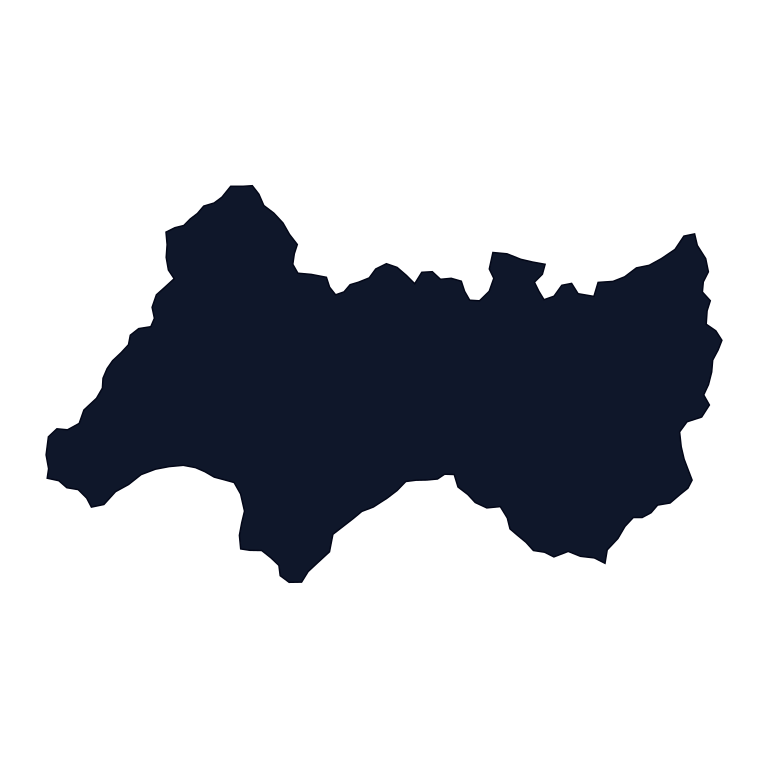 outline of São Geraldo, Minas Gerais, Brazil
{"feature_id": "56859067B30178745764727", "entity_name": "São Geraldo", "entity_type": "district", "adm_level": 2, "iso_a3": "BRA", "parent_name": "Brazil", "parent_adm1": "Minas Gerais", "projection": "orthographic", "projection_center": [-42.831, -20.909], "detail": "fine", "context": "isolated", "style": "filled", "palette": "ink", "viewbox_px": 768, "rotation_deg": 0, "n_neighbors": 0, "source": "geoboundaries", "source_scale": "gbopen_adm2", "svg_char_len": 2374}
<svg xmlns="http://www.w3.org/2000/svg" viewBox="0 0 768 768"><path d="M230.7,186.3L221.9,197.2L214.1,203.0L203.7,206.1L197.4,213.5L190.3,218.9L183.8,225.5L174.9,227.7L166.0,232.1L167.1,244.6L166.2,257.4L168.4,270.0L174.2,278.7L164.8,287.3L156.4,294.8L152.1,307.3L154.4,318.3L150.8,326.7L138.7,328.6L130.3,335.2L128.5,344.7L121.1,352.7L112.6,360.7L107.1,368.6L103.0,378.2L102.4,388.1L96.5,398.3L83.9,410.0L79.2,423.4L67.5,429.8L56.9,428.8L48.4,436.8L46.1,454.9L48.6,468.7L47.2,478.2L58.8,480.7L66.8,487.7L78.2,489.6L86.7,498.1L91.4,507.1L103.9,504.5L115.5,491.7L128.6,484.5L141.1,474.6L155.4,469.2L169.0,466.6L183.3,465.3L195.5,467.6L204.9,471.7L214.2,477.1L223.6,479.6L234.1,482.5L240.6,494.0L244.5,511.1L241.7,522.9L239.4,535.3L240.7,548.9L249.9,550.3L261.7,550.5L270.9,557.8L278.9,565.4L280.2,575.7L289.1,582.3L301.6,582.1L308.1,571.6L317.0,563.3L329.5,551.8L332.9,534.3L344.4,525.4L353.4,518.4L361.8,511.4L373.4,507.0L387.3,498.0L397.1,490.5L405.8,481.5L416.1,480.2L426.8,480.0L437.5,479.0L444.6,474.2L454.2,474.5L458.0,487.0L467.8,494.5L475.2,502.5L486.8,507.9L500.3,506.6L507.3,518.0L510.0,528.9L517.5,535.3L526.0,542.3L533.4,550.5L544.5,552.2L553.9,556.9L568.2,551.4L580.4,556.3L594.3,557.9L605.0,563.3L607.2,549.9L617.9,538.5L625.0,526.4L633.3,517.5L642.2,517.5L651.1,512.7L657.6,505.1L670.1,503.0L679.9,494.6L687.9,488.2L692.1,480.1L688.3,470.2L684.1,459.1L681.2,446.7L679.6,431.9L687.0,421.8L701.7,417.0L709.4,405.0L703.7,394.9L708.5,384.6L711.7,372.0L712.7,360.1L718.1,350.0L721.9,340.3L715.8,330.8L706.2,324.2L707.1,310.8L710.3,300.7L702.4,292.0L703.3,281.9L708.4,271.8L705.7,258.6L697.3,245.4L694.6,233.9L683.9,236.1L675.0,249.4L661.4,258.6L649.2,265.3L636.4,267.9L624.7,276.8L613.0,281.4L598.1,282.4L593.9,296.4L578.1,293.7L571.6,283.4L561.8,285.3L554.0,296.2L544.0,299.7L538.9,291.3L534.4,282.2L542.4,274.2L545.1,264.3L532.4,262.0L520.8,259.3L507.0,253.8L492.9,252.5L489.3,269.0L493.8,278.3L489.2,291.3L479.5,300.8L469.7,300.2L464.6,291.3L461.3,281.2L451.2,278.3L440.5,279.3L432.3,271.7L421.8,272.3L414.7,283.7L406.4,275.4L397.1,267.4L386.4,263.7L375.7,269.0L369.2,277.9L358.5,282.2L350.1,284.7L344.0,291.9L335.6,294.8L329.6,287.2L326.4,277.3L311.3,274.4L297.9,273.2L292.8,264.3L294.3,253.8L297.3,244.5L289.5,234.4L283.0,223.0L273.8,213.1L263.8,205.5L258.9,194.2L252.3,185.7L242.9,186.3L230.7,186.3Z" fill="#0f172a" stroke="#020617" stroke-width="1.5"/></svg>